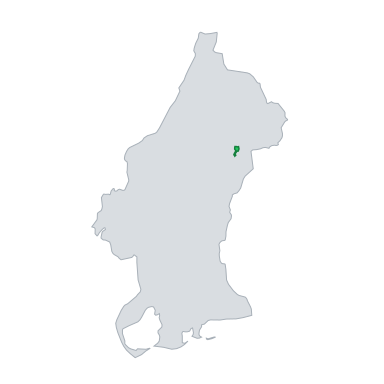 Tedzhen Sovkhoz, Ahal, Turkmenistan shown in context, rotated 263°
{"feature_id": "10190150B68029188897987", "entity_name": "Tedzhen Sovkhoz", "entity_type": "district", "adm_level": 2, "iso_a3": "TKM", "parent_name": "Turkmenistan", "parent_adm1": "Ahal", "projection": "robinson", "projection_center": [61.206, 37.17], "detail": "fine", "context": "in_parent", "style": "filled", "palette": "green", "viewbox_px": 384, "rotation_deg": 263, "n_neighbors": 0, "source": "geoboundaries", "source_scale": "gbopen_adm2", "svg_char_len": 4075}
<svg xmlns="http://www.w3.org/2000/svg" viewBox="0 0 384 384"><g transform="rotate(263 192 192)"><path d="M111.3,127.8L128.9,128.7L134.3,129.4L136.6,127.0L136.5,126.4L135.7,125.9L134.4,124.3L133.4,113.3L135.0,111.7L136.8,110.6L139.4,107.1L140.8,106.0L142.8,105.2L149.5,104.9L152.4,104.2L154.8,100.3L155.3,98.0L157.2,96.2L158.2,96.2L162.8,97.8L163.8,98.6L165.3,101.5L167.0,101.3L167.2,100.8L167.0,100.2L165.8,98.4L162.9,95.1L160.2,93.0L160.0,92.4L162.4,90.7L167.1,91.4L168.4,90.9L169.6,88.3L175.9,94.2L177.1,94.7L182.1,95.5L183.0,96.3L184.7,99.7L186.4,100.6L188.5,101.3L197.5,101.4L200.3,103.6L200.7,104.2L200.2,105.8L200.0,108.9L199.3,110.1L199.7,110.6L202.9,111.9L204.8,113.9L205.0,114.7L204.4,115.3L202.9,115.0L202.2,115.9L202.2,117.5L203.3,119.0L203.6,120.4L202.0,123.6L202.0,124.9L202.5,125.7L210.5,130.5L211.8,130.7L219.7,129.8L221.2,130.3L228.0,131.4L229.9,131.2L231.2,129.7L232.5,129.1L233.7,129.0L236.9,130.0L240.4,132.1L242.7,134.0L243.8,135.7L247.0,145.1L249.1,149.0L251.5,151.0L253.3,154.6L254.8,162.7L255.7,164.3L259.5,167.5L278.7,180.7L284.6,186.6L293.6,192.3L296.9,191.6L303.9,197.7L308.4,200.0L314.2,203.6L326.4,211.8L329.0,212.2L331.9,211.0L334.5,211.7L339.1,213.8L344.0,217.0L348.2,218.1L349.4,219.4L349.5,220.2L347.2,224.2L347.0,229.3L347.4,236.2L346.3,236.3L338.0,234.4L330.2,230.1L328.3,231.5L327.4,232.9L325.6,238.8L315.1,239.2L308.9,242.1L303.5,261.4L302.3,263.7L298.8,266.9L292.8,270.0L291.9,271.2L291.7,272.4L291.0,272.7L287.6,272.7L274.9,276.9L272.1,276.9L271.0,277.3L270.5,278.0L271.9,281.9L270.8,283.0L270.0,284.9L269.4,288.2L261.0,293.4L259.3,294.0L255.9,293.5L254.2,294.1L252.4,295.7L251.5,295.2L251.1,293.6L250.2,292.5L244.9,288.3L238.9,288.9L236.7,288.6L234.9,287.9L232.1,285.5L230.4,283.2L228.5,283.5L228.0,282.4L227.9,281.1L228.4,279.6L228.3,276.7L227.2,274.6L226.0,273.7L227.3,270.3L227.3,267.8L226.5,265.1L226.2,261.2L226.4,257.4L225.2,255.5L207.6,255.6L201.3,246.7L198.7,244.6L190.0,240.8L187.6,238.8L185.6,236.6L185.1,233.5L184.2,231.7L182.8,231.5L176.0,227.9L173.2,227.0L169.5,227.9L167.3,226.9L164.7,228.2L163.5,228.3L160.7,227.5L157.3,224.3L154.4,223.0L148.4,220.9L144.1,220.3L140.4,219.1L140.0,218.6L139.9,215.9L139.4,214.8L138.3,213.4L136.8,212.4L130.4,212.5L127.4,211.5L125.1,211.3L119.9,211.5L118.2,212.3L117.3,213.1L116.6,215.8L116.0,216.1L111.0,216.2L100.4,215.6L95.9,217.0L89.0,221.0L84.9,224.4L83.7,225.9L81.2,232.0L80.2,232.8L78.8,233.5L77.4,233.7L71.1,236.0L68.6,236.6L62.3,236.3L61.1,227.4L60.7,220.3L61.7,210.5L61.5,204.3L62.8,194.7L62.5,192.4L59.4,188.2L59.0,185.3L57.1,185.1L54.0,182.6L50.9,181.7L49.3,181.6L47.9,182.3L46.8,183.8L46.1,181.5L46.2,179.2L48.8,174.4L50.4,175.8L52.2,176.3L57.0,176.0L56.6,174.4L54.2,172.7L53.8,170.5L54.0,168.3L54.7,166.1L54.0,165.3L52.9,164.7L50.3,164.8L43.6,164.0L42.7,166.5L44.5,169.8L41.6,166.0L39.6,162.2L38.4,157.7L38.4,152.8L41.3,145.0L43.7,135.5L46.1,139.5L48.0,141.3L52.1,142.4L54.1,142.1L56.3,141.1L58.4,141.4L61.6,145.6L63.9,146.1L68.8,144.5L71.2,144.1L73.2,144.8L75.3,144.8L74.4,142.9L74.1,141.0L75.3,140.0L79.1,141.1L82.2,140.0L82.8,139.5L83.2,137.8L82.8,134.6L82.1,133.2L80.4,131.3L73.8,126.7L71.5,124.8L69.7,122.4L66.9,113.0L64.7,106.9L63.8,106.2L59.9,105.7L52.3,107.2L49.6,106.8L48.4,107.5L45.2,110.0L43.7,112.2L41.5,117.2L43.0,118.8L41.5,127.2L42.1,130.8L41.8,131.1L39.7,126.6L36.8,122.2L34.5,115.4L39.2,110.9L43.1,107.7L47.3,105.4L51.7,103.8L61.3,101.3L66.7,100.4L71.0,100.3L74.3,101.8L83.1,107.3L86.8,110.3L87.9,111.6L88.9,114.5L95.2,124.1L96.7,125.4L99.2,128.5L101.6,129.4L111.3,127.8ZM45.4,196.4L45.1,197.7L44.0,193.8L43.5,189.6L44.3,188.4L45.2,188.4L44.3,190.0L45.4,196.4Z" fill="#d9dde1" stroke="#a8b0b8" stroke-width="1"/><path d="M223.1,239.9L224.2,239.5L224.5,239.3L226.6,241.2L227.0,241.5L227.0,242.4L227.0,242.9L228.1,243.4L229.0,243.9L231.3,243.7L231.1,243.1L231.6,242.0L231.9,240.2L231.4,240.0L230.7,239.8L229.4,239.6L229.0,239.8L228.3,240.2L227.6,240.6L226.9,240.1L226.5,239.8L225.9,239.4L225.1,238.7L224.3,238.5L224.2,238.5L224.1,238.2L223.4,238.3L223.3,238.5L223.2,238.8L222.4,238.9L223.1,239.9Z" fill="#22c55e" stroke="#15803d" stroke-width="1.5"/></g></svg>